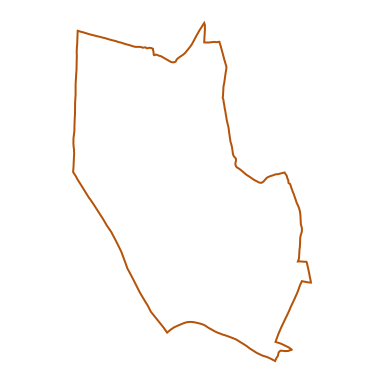 Binh Minh, Vĩnh Long, Vietnam
{"feature_id": "81297802B92843974613199", "entity_name": "Binh Minh", "entity_type": "district", "adm_level": 2, "iso_a3": "VNM", "parent_name": "Vietnam", "parent_adm1": "Vĩnh Long", "projection": "natural_earth1", "projection_center": [105.858, 10.046], "detail": "fine", "context": "isolated", "style": "outline", "palette": "amber", "viewbox_px": 384, "rotation_deg": 0, "n_neighbors": 0, "source": "geoboundaries", "source_scale": "gbopen_adm2", "svg_char_len": 4675}
<svg xmlns="http://www.w3.org/2000/svg" viewBox="0 0 384 384"><path d="M219.4,41.8L216.3,42.2L214.4,41.9L208.9,42.5L206.0,42.5L204.2,42.4L204.4,38.2L204.6,35.2L204.9,29.6L204.9,27.6L204.9,25.5L204.7,24.4L204.2,23.0L203.6,23.9L201.0,28.0L199.6,30.2L196.5,35.6L194.1,40.1L192.2,43.7L190.6,46.1L188.9,48.3L184.9,53.2L182.7,55.0L179.8,56.9L177.5,58.7L176.7,59.5L176.1,60.7L175.8,61.4L175.2,61.9L173.9,62.3L172.5,62.3L171.1,62.0L168.6,60.6L162.5,57.1L161.0,56.2L159.6,55.9L158.0,55.3L156.5,54.7L155.7,54.6L154.5,55.2L154.0,55.1L153.7,54.6L153.6,53.0L153.5,51.7L153.0,50.0L153.0,48.8L152.8,48.6L152.2,48.5L151.5,48.2L151.2,48.0L150.9,48.0L150.5,47.9L150.0,47.9L149.5,47.9L148.7,47.9L147.9,48.1L147.3,48.3L147.0,48.3L146.7,48.1L145.8,47.6L145.4,47.4L145.2,47.3L144.7,47.4L143.6,47.6L143.0,47.7L142.6,47.7L141.9,47.3L141.3,47.1L140.8,47.0L140.0,46.9L138.6,46.9L137.3,46.9L135.7,46.9L134.6,46.7L133.1,46.3L131.2,45.7L129.4,45.1L125.9,44.2L123.1,43.3L121.3,42.7L118.4,42.0L116.4,41.3L114.8,40.8L113.6,40.6L109.5,39.5L106.4,38.6L105.7,38.3L101.4,37.3L99.4,36.7L97.8,36.4L92.5,35.0L90.2,34.5L89.6,34.3L85.0,32.9L82.0,32.0L81.3,31.9L77.7,30.8L77.6,32.9L77.4,38.0L77.2,44.0L77.0,45.7L76.7,51.2L76.8,55.8L76.7,60.4L76.5,70.2L76.2,73.9L75.6,84.6L75.6,88.4L75.6,94.6L75.3,99.2L75.1,103.5L75.0,113.8L74.7,119.0L74.4,128.4L74.4,131.0L73.5,138.0L73.4,143.4L73.7,147.6L74.1,149.7L74.0,151.1L74.2,153.4L73.9,158.0L73.5,167.1L73.1,172.0L76.0,176.5L77.3,179.1L80.6,184.3L89.1,198.0L90.2,199.3L92.0,202.0L94.1,205.1L103.4,219.6L106.7,225.3L111.2,231.9L116.0,241.0L119.0,247.0L121.4,252.0L125.3,262.5L127.4,268.4L131.9,276.8L134.6,282.1L134.9,282.7L139.9,292.6L143.4,298.5L147.8,305.7L150.9,311.8L163.4,327.3L167.1,332.6L171.0,329.4L174.0,327.4L177.4,325.8L183.4,323.3L186.1,322.4L188.1,322.0L190.8,321.9L193.4,322.1L197.2,322.9L199.7,323.5L202.4,324.3L203.9,324.9L205.2,325.6L208.8,328.0L212.1,329.8L214.7,331.3L217.7,332.7L220.0,333.5L222.7,334.6L225.5,335.4L228.5,336.5L231.0,337.4L236.2,339.5L240.0,341.9L243.3,343.9L247.0,346.3L249.8,348.5L252.2,350.0L256.4,352.7L262.2,355.5L267.3,357.1L269.2,358.0L271.3,359.0L274.3,360.6L274.6,360.7L275.1,361.0L276.5,357.9L277.7,356.3L278.3,354.1L278.5,352.9L279.1,351.9L279.7,351.3L280.4,350.8L280.7,350.8L280.8,350.7L281.1,350.7L281.4,350.7L282.8,350.8L284.1,351.0L285.3,351.1L286.4,351.0L287.4,351.0L288.1,351.0L288.9,350.7L290.2,350.2L291.1,350.0L291.7,349.8L291.7,349.6L288.7,347.4L285.2,345.7L283.2,344.7L280.8,343.6L278.4,342.8L275.5,341.9L278.1,334.8L278.8,333.0L281.6,326.6L282.6,324.5L285.6,318.2L286.5,316.4L289.6,309.8L290.4,307.7L293.5,301.1L294.5,299.0L297.2,292.9L298.3,290.1L300.2,284.7L301.1,282.9L302.0,281.1L302.9,281.4L303.6,281.5L305.3,281.8L306.8,282.1L308.2,282.4L309.5,282.5L310.9,282.6L310.8,281.3L309.7,276.3L309.3,273.9L308.1,268.2L307.6,266.1L307.1,264.0L307.0,263.1L306.7,262.3L306.4,261.8L303.8,261.7L300.1,261.4L297.9,261.5L298.3,260.3L299.0,258.4L299.1,256.1L299.4,251.6L299.4,250.4L299.8,247.5L300.1,243.2L300.1,241.6L300.2,238.4L300.3,237.2L300.9,234.6L301.5,232.9L301.9,231.1L301.9,229.7L301.9,228.4L301.3,225.7L300.9,224.6L300.8,223.6L300.7,220.6L300.5,217.8L300.5,216.3L300.3,214.1L300.0,211.8L299.5,209.7L299.2,208.7L298.7,207.3L298.2,206.0L297.6,204.7L297.0,203.6L296.3,201.8L295.9,200.3L295.0,197.8L293.8,194.2L293.3,192.9L292.6,191.4L292.1,189.7L291.6,188.6L291.0,186.7L290.3,184.5L290.1,184.1L289.9,183.8L289.6,183.7L289.1,183.5L288.7,183.2L288.5,182.7L288.4,181.8L288.3,180.9L288.3,180.3L288.2,180.0L287.8,179.3L287.5,178.6L287.3,178.1L287.0,176.8L286.6,175.6L284.5,172.5L283.2,172.8L281.2,173.3L278.7,174.0L276.5,174.3L275.5,174.4L274.2,174.8L273.1,175.3L272.0,175.6L270.1,176.2L268.0,177.1L267.2,177.6L266.7,177.9L265.2,179.6L263.8,181.2L262.9,182.0L261.5,182.8L260.6,182.8L259.1,182.5L257.0,181.4L254.3,180.0L254.1,179.9L252.3,178.7L249.5,176.7L248.4,176.0L246.8,175.0L244.8,173.4L242.5,171.4L240.3,169.6L238.9,168.6L237.4,167.7L236.5,167.0L236.0,166.2L235.6,165.2L235.4,164.4L235.4,164.1L235.4,163.5L235.7,162.0L235.9,161.1L236.0,159.8L236.0,159.3L235.8,158.7L235.4,157.9L234.7,157.3L233.9,156.3L233.4,155.4L232.8,153.3L232.7,152.3L232.4,149.8L232.3,149.3L232.2,148.5L231.7,146.0L231.5,145.1L230.7,142.4L230.4,141.2L230.1,139.0L230.0,138.4L229.5,135.2L229.5,134.5L229.3,133.6L229.0,131.6L228.9,130.4L228.6,128.3L228.5,127.6L227.8,124.5L227.5,123.4L226.9,120.8L226.7,119.7L226.3,117.2L226.2,116.5L225.6,113.3L225.5,112.2L225.0,109.7L224.7,108.5L224.4,105.9L224.1,104.4L223.7,102.3L223.5,100.3L223.1,98.8L222.8,98.1L222.7,97.7L223.0,95.8L223.5,86.3L224.2,83.1L225.6,73.0L226.2,69.6L226.5,67.0L224.2,59.2L223.5,56.5L220.9,46.8L220.0,43.9L219.8,43.5L219.4,41.8Z" fill="none" stroke="#b45309" stroke-width="2"/></svg>